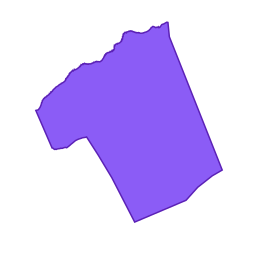 the district of Gagaifomauga III, Gaga'ifomauga, Samoa, rotated 337°
{"feature_id": "51752279B86884772728329", "entity_name": "Gagaifomauga III", "entity_type": "district", "adm_level": 2, "iso_a3": "WSM", "parent_name": "Samoa", "parent_adm1": "Gaga'ifomauga", "projection": "albers", "projection_center": [-172.519, -13.545], "detail": "fine", "context": "isolated", "style": "filled", "palette": "violet", "viewbox_px": 256, "rotation_deg": 337, "n_neighbors": 0, "source": "geoboundaries", "source_scale": "gbopen_adm2", "svg_char_len": 4966}
<svg xmlns="http://www.w3.org/2000/svg" viewBox="0 0 256 256"><g transform="rotate(337 128 128)"><path d="M206.0,46.5L205.3,46.1L205.2,45.8L203.8,45.9L202.2,46.1L201.1,46.2L200.2,46.0L199.6,46.0L199.2,46.2L198.1,46.9L197.5,47.3L197.3,47.4L196.5,47.8L196.3,47.8L196.2,47.5L195.6,47.6L195.5,47.0L195.4,47.1L195.1,46.8L194.6,46.8L194.3,46.8L194.2,46.6L193.9,46.7L193.4,46.4L192.9,46.5L192.4,46.2L192.2,46.0L192.1,45.5L191.6,45.2L191.3,44.7L190.6,44.3L190.3,44.2L189.7,44.5L189.0,44.7L188.6,44.6L188.3,44.9L187.4,45.5L186.7,45.8L186.2,45.9L185.7,46.2L185.0,46.5L184.4,46.5L183.9,46.6L183.6,46.6L183.2,46.7L182.0,46.7L181.1,46.5L180.1,46.5L179.3,46.4L179.1,46.5L178.6,46.3L178.2,46.3L177.6,46.1L177.0,45.8L176.6,45.7L175.9,45.2L175.7,44.8L175.3,44.7L175.2,44.5L174.9,44.5L174.8,44.2L174.4,44.1L173.8,44.0L172.9,43.6L172.8,43.2L172.5,43.0L172.3,43.1L172.0,42.7L171.6,42.6L171.2,42.2L171.1,41.8L170.9,41.8L170.5,41.3L170.1,41.2L169.9,40.7L169.7,40.7L169.4,40.5L169.3,40.2L168.8,40.1L168.6,39.7L168.3,39.6L167.8,39.5L167.5,39.7L167.2,39.4L166.9,39.5L166.8,39.4L166.3,39.2L166.1,39.3L165.7,39.4L165.2,39.3L164.0,39.1L163.8,39.5L163.7,39.3L163.4,39.1L163.1,39.2L162.7,39.1L162.5,38.8L162.1,39.0L161.6,39.2L161.4,39.4L160.8,39.4L160.6,39.6L160.6,39.9L160.2,39.8L159.7,40.7L159.7,41.0L159.5,41.5L158.9,41.6L159.0,41.9L158.7,42.3L158.5,42.5L158.1,43.0L158.0,43.3L157.7,43.3L157.7,43.9L157.4,43.9L157.2,44.3L157.0,44.5L156.7,44.3L156.6,44.6L156.3,44.8L156.1,45.2L155.9,45.2L155.8,45.6L155.4,45.6L155.3,45.8L154.7,45.9L153.8,46.3L153.1,46.4L152.2,46.3L151.4,46.4L151.2,46.1L150.9,46.4L150.7,46.1L150.2,46.2L149.6,46.1L148.8,46.3L148.5,46.4L148.1,47.1L147.8,46.9L147.8,47.2L147.6,47.2L147.2,47.5L147.1,47.9L146.8,48.3L146.7,48.8L146.5,49.2L146.6,49.4L146.3,49.8L145.9,50.2L145.3,50.3L145.3,50.6L145.1,50.6L144.9,50.8L144.7,50.6L144.5,50.8L144.2,50.6L144.2,50.9L143.9,51.1L143.4,50.8L143.3,51.1L143.1,50.9L142.9,51.1L142.7,50.9L142.4,50.8L142.1,50.8L141.8,51.1L141.5,50.8L141.4,51.0L141.0,51.1L140.9,50.9L140.6,51.1L140.1,51.1L139.6,51.0L139.4,50.8L139.1,50.9L138.8,50.7L138.5,50.8L137.8,50.7L137.1,51.2L136.7,51.0L136.6,51.3L136.3,51.6L136.0,51.5L135.6,51.6L135.4,51.8L135.3,52.1L134.9,51.9L134.8,52.0L134.5,52.4L134.4,52.8L134.2,53.0L133.8,53.0L132.8,54.0L131.8,54.6L131.5,54.8L131.0,55.1L130.7,55.4L130.4,55.6L129.5,55.7L129.3,55.9L128.8,56.0L127.8,56.0L127.4,55.8L126.6,55.3L125.9,55.0L125.8,54.9L125.3,54.7L125.2,54.8L124.9,54.5L124.7,54.5L124.7,54.3L124.1,54.3L123.5,54.4L123.1,54.4L122.2,54.1L122.1,54.4L121.9,54.3L121.6,54.5L121.4,54.4L120.8,54.3L120.4,54.5L120.0,54.3L119.8,54.5L119.5,54.5L119.1,54.3L118.7,54.4L118.2,54.2L117.7,53.9L117.0,53.9L116.7,53.9L116.4,53.4L116.1,53.6L115.8,53.3L115.5,53.4L115.3,53.3L115.1,53.0L114.7,52.6L114.4,52.7L114.3,52.4L114.0,52.4L113.6,51.9L113.3,51.9L113.1,51.5L112.7,51.8L112.2,51.6L111.8,51.3L111.7,51.3L111.4,51.8L111.1,51.5L110.9,51.7L110.4,51.7L109.9,51.7L109.6,51.4L109.4,51.7L109.1,51.8L108.8,52.2L108.5,52.2L108.2,52.5L107.7,52.4L107.7,52.6L107.4,52.5L107.2,52.8L106.4,53.1L105.8,53.2L104.8,53.5L103.9,53.7L102.9,53.8L102.6,53.7L101.8,53.7L101.6,53.3L101.4,53.7L100.9,53.5L100.2,53.8L99.9,54.0L99.6,53.4L99.5,53.5L99.4,53.8L99.2,53.8L98.9,53.6L98.7,53.7L98.5,53.9L98.2,53.9L97.9,54.1L97.6,54.2L97.2,54.4L96.9,54.3L96.1,54.6L96.0,54.9L95.7,54.8L95.4,54.9L95.4,55.3L95.1,55.4L95.1,55.6L94.5,55.9L94.3,56.2L94.1,56.4L93.4,56.5L92.9,56.8L92.7,57.2L92.4,57.1L92.1,57.6L91.9,57.6L91.5,57.7L91.2,58.1L90.3,58.2L90.1,58.6L89.9,58.5L89.7,58.8L89.2,59.4L89.1,59.7L88.7,59.9L87.8,60.3L87.3,60.4L86.7,60.7L85.9,60.8L85.0,60.8L84.4,61.0L84.1,60.8L83.8,61.1L82.3,61.3L82.0,61.2L81.3,61.4L81.2,61.5L80.3,61.8L79.7,62.0L79.2,62.0L78.6,62.1L77.7,62.2L77.1,62.4L76.8,62.7L76.3,62.8L76.0,62.9L75.3,63.1L74.6,63.5L74.2,63.5L73.2,64.2L72.9,64.3L72.8,64.6L72.0,64.8L71.5,64.7L71.4,64.9L71.1,64.8L71.1,65.2L70.8,65.4L70.5,65.4L70.4,65.5L69.8,65.6L69.6,65.8L69.3,65.8L69.1,65.6L68.7,66.2L68.0,66.5L67.7,66.4L67.4,66.6L66.6,66.7L66.2,66.6L65.9,67.0L65.3,67.1L65.1,67.4L64.4,67.3L64.2,67.4L63.4,67.4L63.2,67.7L62.8,67.7L62.6,68.0L62.3,68.0L62.1,68.1L61.7,68.1L61.5,68.4L61.2,68.7L60.8,68.8L60.1,69.2L59.6,69.6L59.6,69.9L59.2,70.4L58.6,70.9L58.4,70.9L58.3,71.2L57.9,71.7L57.5,72.1L57.1,72.7L56.3,73.5L54.9,74.8L54.2,75.2L53.9,75.3L53.7,75.5L53.3,75.8L52.5,76.1L52.2,76.2L51.6,76.1L50.9,76.0L50.8,75.9L50.0,75.8L50.3,116.7L50.6,116.8L50.9,117.1L51.2,117.6L51.7,118.6L52.0,119.0L53.0,119.2L53.4,119.6L53.8,119.7L54.2,119.6L54.9,119.7L55.7,119.9L56.3,120.0L57.3,120.4L58.0,120.3L59.4,121.0L60.0,121.1L60.4,121.1L61.2,121.1L62.6,121.3L63.2,121.7L63.8,122.2L64.1,122.2L66.4,121.6L67.5,121.3L69.5,120.6L70.7,120.3L72.0,119.9L74.0,119.3L74.6,119.1L75.6,119.0L77.9,118.9L81.0,119.2L82.2,119.2L82.6,119.3L84.1,119.7L85.4,120.0L86.4,120.1L90.0,141.3L93.7,167.5L97.4,217.2L105.3,217.2L115.4,217.2L127.9,217.2L142.9,217.2L146.6,217.2L153.2,217.2L169.0,209.8L187.0,204.9L198.3,203.5L201.7,60.2L206.0,46.5Z" fill="#8b5cf6" stroke="#5b21b6" stroke-width="1.5"/></g></svg>